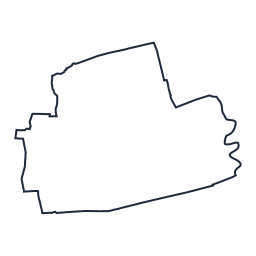 outline of Suceveni, Galati, Romania
{"feature_id": "2599482B11072289553069", "entity_name": "Suceveni", "entity_type": "district", "adm_level": 2, "iso_a3": "ROU", "parent_name": "Romania", "parent_adm1": "Galati", "projection": "natural_earth1", "projection_center": [28.039, 45.986], "detail": "fine", "context": "isolated", "style": "outline", "palette": "slate", "viewbox_px": 256, "rotation_deg": 0, "n_neighbors": 0, "source": "geoboundaries", "source_scale": "gbopen_adm2", "svg_char_len": 4733}
<svg xmlns="http://www.w3.org/2000/svg" viewBox="0 0 256 256"><path d="M52.2,75.7L52.2,75.9L52.1,76.1L52.2,77.6L52.2,78.3L52.1,78.9L52.1,79.5L51.7,82.6L51.7,82.9L51.7,83.4L51.8,83.8L52.1,85.2L52.2,85.3L52.2,85.5L52.2,85.8L52.2,86.7L52.3,87.4L52.5,88.5L52.7,89.2L53.5,90.3L54.3,93.0L55.0,93.8L56.9,95.6L57.1,96.1L57.3,97.4L57.2,100.4L57.2,102.1L57.0,104.2L56.7,105.6L55.9,108.2L55.6,109.7L55.8,111.7L56.0,114.1L56.6,116.3L49.6,116.3L50.0,114.2L43.5,114.0L40.2,113.9L35.6,113.9L32.5,113.9L32.0,115.0L31.6,116.0L31.0,118.4L30.7,119.1L30.4,119.7L29.8,121.0L29.7,121.5L29.7,122.0L29.9,122.9L30.0,123.4L30.3,124.8L30.7,126.1L30.7,126.4L30.5,126.8L30.0,127.6L29.9,127.9L30.0,128.4L30.0,128.7L29.8,128.9L29.4,129.1L28.9,129.1L27.6,128.7L27.1,128.6L26.3,128.9L25.7,129.4L25.3,129.8L25.1,130.2L23.4,130.2L20.0,130.3L18.6,130.2L17.0,130.0L16.5,129.9L16.4,130.7L15.4,138.2L15.4,138.3L16.4,138.3L18.1,138.4L18.5,138.5L20.1,138.6L20.5,138.6L22.2,138.7L22.4,138.7L23.0,138.7L24.7,147.4L25.6,152.0L25.7,152.6L25.6,152.9L25.4,157.9L25.5,158.2L25.4,158.4L25.3,158.9L25.2,159.3L25.1,161.9L24.9,165.4L24.9,166.3L24.8,166.8L22.7,174.7L21.7,178.4L21.6,178.9L21.6,179.2L21.7,179.4L22.3,182.8L23.2,187.3L24.1,191.7L24.4,191.6L27.7,191.4L33.9,191.0L37.9,191.0L38.1,191.7L38.2,191.9L38.1,192.9L38.2,194.8L38.4,195.5L38.6,197.3L38.7,197.9L39.3,200.1L39.6,201.3L40.2,203.0L40.5,205.0L41.7,209.6L42.3,213.1L43.4,213.2L45.6,213.0L48.5,212.8L51.0,212.7L51.6,213.0L52.0,212.9L52.5,212.7L53.2,212.3L54.1,212.0L55.3,211.9L56.4,212.9L56.5,213.0L61.7,212.6L63.1,212.5L67.3,212.1L69.4,212.0L72.1,211.8L76.6,211.5L77.1,211.5L78.1,211.4L78.6,211.4L81.6,211.2L85.2,211.0L99.8,211.2L105.8,211.1L106.9,211.1L108.3,211.1L110.4,210.7L112.0,210.3L113.6,209.8L115.3,209.4L116.9,209.2L119.1,208.6L122.9,207.5L123.6,207.3L126.9,206.6L132.4,205.2L134.1,204.8L141.4,202.9L162.2,198.0L177.4,194.5L177.9,194.4L185.9,192.6L194.1,190.5L202.0,188.4L213.0,185.6L212.6,184.7L222.8,180.9L227.0,179.2L232.7,177.0L234.2,176.2L235.7,175.3L235.6,175.2L235.3,174.5L235.0,173.5L234.9,172.9L234.9,172.2L235.1,171.4L235.3,170.7L235.6,170.2L236.1,169.5L236.7,168.9L237.3,168.3L238.0,167.7L238.8,167.1L239.6,166.5L240.2,165.9L240.4,165.6L240.6,165.1L240.6,164.5L240.5,164.0L240.3,163.4L239.9,162.7L239.4,162.1L239.0,161.7L238.5,161.2L237.6,160.6L237.0,160.3L236.1,159.7L235.2,159.3L234.3,158.9L233.2,158.3L232.3,157.8L231.6,157.4L231.1,157.0L230.8,156.6L230.4,156.3L230.0,155.8L229.8,155.3L229.7,154.9L230.0,154.2L230.4,153.7L230.7,153.4L231.1,153.0L231.6,152.7L232.3,152.3L233.0,151.8L233.8,151.3L234.6,150.8L235.3,150.4L236.1,149.8L236.6,149.5L237.1,149.0L237.5,148.6L237.8,148.2L238.0,147.7L238.3,147.2L238.4,146.8L238.5,146.2L238.6,145.2L238.5,144.6L238.4,143.9L238.2,143.5L238.0,143.1L237.6,142.8L237.2,142.7L236.7,142.6L236.0,142.6L235.4,142.6L234.6,142.8L233.8,143.1L232.8,143.4L231.8,143.7L230.7,144.0L229.6,144.2L228.5,144.3L227.4,144.4L226.6,144.4L225.9,144.4L225.4,144.1L224.9,143.8L224.8,143.3L224.7,142.8L224.8,141.5L224.8,141.0L225.1,139.8L225.3,138.8L225.5,137.9L225.7,137.2L226.1,136.5L226.6,135.9L227.1,135.4L227.5,135.2L228.3,134.9L229.0,134.6L229.6,134.2L230.3,133.8L231.2,133.1L232.1,132.3L232.6,131.6L233.0,131.1L233.4,130.4L233.8,129.6L234.2,128.7L234.6,128.0L234.9,127.1L235.1,126.2L235.5,124.8L235.6,124.0L235.7,123.4L235.6,122.7L235.5,122.2L235.3,121.6L234.9,121.3L234.5,120.9L233.8,120.7L233.1,120.4L232.6,120.3L231.9,120.2L230.8,120.1L229.2,119.9L228.4,119.8L227.5,119.7L226.9,119.4L226.4,119.1L226.0,118.7L225.7,118.2L225.3,117.3L224.9,116.4L224.4,115.4L223.8,114.5L223.2,113.6L222.7,112.6L222.4,111.7L222.2,110.8L222.1,109.8L222.0,108.5L221.9,107.5L221.8,106.4L221.6,105.6L221.5,104.8L221.1,104.0L220.9,103.3L220.4,102.3L219.8,101.3L219.5,101.2L218.9,100.1L218.3,99.4L217.5,98.2L216.7,97.1L216.5,96.8L215.9,96.8L215.0,96.8L213.3,96.6L212.8,96.5L211.7,96.3L210.7,95.7L208.9,95.6L196.7,99.4L183.4,104.5L176.4,107.2L175.9,107.4L174.6,105.1L171.3,99.1L170.8,97.7L170.4,96.0L170.8,95.2L170.5,94.8L169.7,92.9L169.7,92.2L169.4,91.2L168.8,89.4L167.6,82.6L166.6,79.9L164.2,80.5L163.9,79.5L163.5,77.7L161.0,67.4L158.2,56.0L157.9,54.8L157.1,51.2L156.1,48.4L155.6,47.1L153.8,42.8L152.5,43.0L149.6,43.6L144.6,44.7L139.4,46.0L129.7,48.2L126.2,49.2L119.4,50.7L116.8,51.2L109.5,52.8L98.6,55.7L97.0,56.2L90.9,58.5L83.4,61.2L77.5,63.3L75.7,63.7L75.3,63.9L75.0,63.8L75.0,63.7L74.0,63.3L73.2,63.6L72.7,63.9L72.8,64.1L72.5,64.7L72.0,65.1L71.9,65.1L71.2,66.0L70.0,66.8L68.5,67.5L67.7,67.8L67.2,68.2L67.0,68.5L66.7,68.5L66.8,68.7L66.5,69.1L66.0,69.6L65.9,69.5L65.3,70.2L65.4,70.3L65.2,70.4L64.5,71.1L64.3,71.4L64.2,72.0L63.3,72.6L62.6,73.0L62.0,73.3L60.9,73.8L60.2,73.9L59.0,73.7L57.9,73.7L57.2,73.7L56.8,73.7L53.6,75.4L53.2,75.5L52.2,75.7Z" fill="none" stroke="#1e293b" stroke-width="2"/></svg>